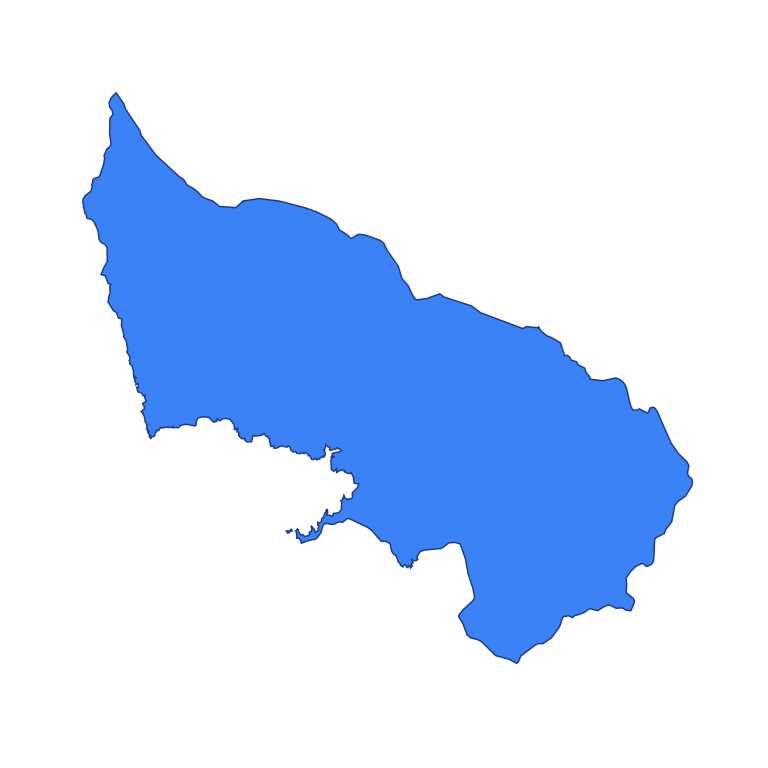 Luwu Timur, Sulawesi Selatan, Indonesia, rotated 5°
{"feature_id": "22746128B1110744719374", "entity_name": "Luwu Timur", "entity_type": "district", "adm_level": 2, "iso_a3": "IDN", "parent_name": "Indonesia", "parent_adm1": "Sulawesi Selatan", "projection": "natural_earth1", "projection_center": [121.051, -2.532], "detail": "fine", "context": "isolated", "style": "filled", "palette": "blue", "viewbox_px": 768, "rotation_deg": 5, "n_neighbors": 0, "source": "geoboundaries", "source_scale": "gbopen_adm2", "svg_char_len": 6126}
<svg xmlns="http://www.w3.org/2000/svg" viewBox="0 0 768 768"><g transform="rotate(5 384 384)"><path d="M492.6,629.4L499.7,630.5L504.0,632.4L518.8,644.8L532.1,647.2L540.3,650.7L542.0,649.3L544.0,643.0L556.9,631.3L560.3,629.1L564.7,628.9L572.9,622.4L580.0,610.6L582.1,601.8L583.3,600.0L588.3,598.8L592.2,600.3L594.5,597.7L596.4,597.4L603.3,594.1L607.2,590.7L609.0,589.9L616.7,591.1L622.9,586.4L626.7,584.7L629.1,584.9L634.6,587.1L641.1,586.3L644.8,588.2L649.6,588.4L652.0,581.7L652.4,578.2L650.9,575.7L643.4,570.8L643.2,562.5L642.1,556.2L646.2,548.9L650.5,543.9L656.0,540.6L658.1,540.5L661.2,542.8L662.2,542.7L666.0,540.5L668.0,537.0L667.2,515.0L668.1,513.6L676.4,508.3L677.2,504.6L682.6,496.3L684.2,479.9L687.1,475.3L694.1,469.4L699.5,458.8L699.9,455.1L699.0,451.8L695.2,448.9L694.1,446.5L694.8,438.7L692.6,435.3L683.2,427.5L675.0,417.6L658.5,387.4L655.8,384.3L653.6,383.7L650.9,384.9L650.1,388.9L648.7,389.9L640.6,386.6L637.1,388.3L634.2,388.1L632.1,385.2L629.6,378.8L626.1,367.3L623.5,362.9L621.3,360.7L617.0,358.3L614.2,357.8L601.9,361.7L589.4,361.3L587.6,358.1L584.5,355.2L582.5,350.7L575.5,347.9L573.8,345.0L568.4,344.0L566.9,341.2L564.2,339.5L561.4,339.9L556.1,327.5L545.8,322.8L541.7,321.7L535.4,317.2L533.0,313.6L532.3,314.6L520.6,314.4L517.8,316.6L516.7,316.5L473.9,304.6L464.3,298.6L436.5,292.2L431.7,289.3L419.4,295.1L410.0,297.2L407.9,296.8L405.0,293.5L399.3,283.8L392.7,277.4L388.0,265.6L375.2,250.3L371.6,243.8L367.7,241.3L353.5,237.5L346.7,237.0L345.0,237.4L340.0,241.1L337.7,241.8L334.8,238.9L326.2,234.4L322.7,228.7L316.8,224.3L302.3,218.6L290.8,215.5L263.9,210.9L243.5,210.2L227.8,213.9L221.1,221.2L204.6,221.5L197.7,216.7L188.9,214.4L185.8,212.8L182.0,209.1L177.1,205.9L170.5,202.9L166.3,197.5L162.4,195.6L136.8,175.9L120.1,157.0L119.1,153.4L102.4,132.4L100.7,128.0L91.9,117.3L89.4,119.9L87.5,122.5L85.6,127.5L86.8,132.5L89.1,134.7L90.6,138.9L87.8,143.4L88.9,159.0L91.3,168.9L90.5,171.0L87.5,174.1L85.2,180.7L86.0,183.3L85.6,189.2L83.0,200.4L82.0,202.6L76.7,204.9L76.0,206.2L76.4,208.2L75.4,210.9L76.2,213.2L75.1,217.6L69.9,222.4L68.2,226.0L68.1,229.8L69.0,231.1L69.3,234.5L70.6,237.2L71.0,239.7L72.0,240.1L73.6,244.3L74.3,245.0L78.0,245.3L80.9,247.6L85.7,256.0L87.6,264.8L89.8,267.5L94.7,269.7L96.3,272.8L97.7,286.2L94.9,292.1L92.5,299.6L96.8,300.4L100.4,307.7L103.0,308.8L102.3,310.3L103.3,317.4L102.4,320.3L102.0,326.5L108.0,334.5L111.4,336.2L113.6,341.3L117.2,342.2L117.3,348.5L120.5,357.3L120.4,359.7L122.7,362.3L123.9,365.2L125.7,372.0L125.0,374.6L128.5,379.1L128.7,381.8L128.1,382.8L129.1,384.7L128.9,386.1L131.7,388.0L132.2,390.6L133.5,392.4L133.3,394.5L134.4,399.4L135.1,398.2L136.7,399.6L135.6,400.4L135.2,402.5L137.1,405.2L136.8,406.2L139.4,405.1L139.4,409.0L137.9,408.8L139.5,413.3L143.2,413.9L145.1,416.8L146.8,416.1L146.7,418.1L148.6,422.1L145.3,424.3L146.4,426.8L147.4,427.2L147.3,429.8L144.5,432.8L146.5,433.8L146.4,435.0L147.8,436.6L149.6,442.7L151.8,445.0L151.1,445.7L152.0,449.2L151.5,449.4L153.9,451.3L153.8,451.9L152.6,451.5L153.2,453.4L155.3,455.3L154.9,456.0L155.7,455.8L155.5,457.9L156.4,458.6L157.4,456.5L158.8,456.7L160.2,455.3L160.2,452.5L161.5,451.5L161.3,450.3L162.8,450.2L164.0,449.2L165.1,446.6L167.1,447.2L171.0,445.8L176.8,446.0L177.5,444.8L178.0,445.7L182.9,445.4L185.8,442.5L190.6,441.4L199.6,442.2L200.3,441.5L200.2,438.4L201.4,434.1L206.2,432.5L212.3,432.4L217.1,436.6L218.4,436.8L219.0,435.4L218.8,436.1L220.7,435.9L221.0,432.9L223.6,435.0L226.2,432.8L229.3,432.1L233.5,432.4L238.3,437.6L238.9,442.3L240.4,442.4L241.6,440.7L242.2,441.1L241.7,444.4L243.5,445.1L244.3,447.3L243.8,447.0L243.6,447.7L244.5,449.1L247.7,451.0L250.0,450.3L250.6,452.4L252.5,453.5L257.1,453.1L258.0,446.7L260.5,447.1L267.4,445.4L267.8,444.1L269.1,444.0L271.3,446.6L273.1,446.4L273.8,448.4L275.0,448.7L274.8,450.4L276.8,456.1L279.6,455.5L279.9,457.5L282.8,457.2L286.6,454.5L292.8,455.4L294.0,453.8L296.2,455.3L296.7,457.7L299.2,459.6L301.8,459.1L303.2,460.6L306.9,460.8L308.5,459.4L310.4,460.4L311.4,459.0L314.0,460.4L315.0,462.1L316.2,461.7L318.7,465.5L320.5,465.5L322.1,463.9L323.3,465.3L324.2,465.2L325.7,464.1L326.4,464.5L327.8,462.2L329.5,461.3L329.6,462.2L330.7,461.9L331.7,459.2L330.5,455.4L329.8,455.4L331.1,452.6L331.3,449.6L334.1,451.6L335.3,451.6L335.8,453.2L335.4,453.7L336.2,454.8L341.9,452.8L342.6,451.7L345.7,452.8L347.3,454.0L345.8,455.3L338.5,457.6L339.0,458.3L337.8,461.1L340.5,460.4L340.7,461.0L338.4,462.3L337.7,464.2L339.0,473.9L341.7,475.3L344.0,472.8L344.5,476.3L348.4,473.4L351.3,473.5L352.1,473.8L351.6,474.0L352.3,474.9L355.5,476.1L357.8,476.2L359.0,475.3L361.7,479.5L362.9,485.4L367.7,485.7L366.3,490.0L361.9,495.3L362.5,499.5L360.8,501.7L359.0,501.3L357.4,502.7L356.6,501.5L354.3,500.9L354.5,499.4L353.7,498.3L352.8,502.8L351.2,503.8L352.2,505.8L352.4,512.8L350.1,516.2L344.8,517.4L344.5,520.0L343.2,520.5L342.0,519.5L338.4,519.6L339.1,517.0L338.5,514.1L337.4,514.5L337.4,516.2L336.3,517.8L335.5,522.0L333.8,523.3L333.7,526.6L331.1,528.3L330.3,527.5L330.2,530.2L331.5,531.0L330.8,533.7L331.6,534.9L329.4,537.3L327.9,537.3L327.5,535.2L324.2,532.0L323.9,532.7L324.9,534.8L324.1,537.7L322.5,538.0L322.9,540.3L321.4,541.9L318.2,542.8L316.3,541.1L314.1,541.5L311.8,538.7L311.3,536.5L310.3,536.0L308.9,537.9L310.2,541.5L310.6,545.3L312.7,544.9L314.5,547.0L315.6,549.9L321.2,547.0L329.3,544.4L330.5,543.5L334.2,537.6L335.4,530.4L336.4,528.9L339.0,527.8L342.7,528.4L346.6,528.0L351.1,525.2L354.7,525.4L359.1,521.2L361.5,521.3L380.4,528.3L385.0,531.3L395.0,541.0L399.7,540.6L403.6,542.3L404.6,544.0L406.0,549.5L408.1,552.4L410.9,554.0L413.9,560.3L415.7,561.4L416.3,563.2L418.7,564.5L418.7,563.5L421.1,562.1L422.6,564.5L423.8,564.8L424.1,563.2L425.6,562.4L426.4,563.0L425.8,563.8L426.6,565.0L428.1,562.6L427.2,561.4L427.3,560.3L428.4,559.8L427.0,556.5L428.9,557.4L431.0,557.3L432.9,556.0L431.8,553.1L434.7,547.7L438.8,545.9L455.6,542.8L462.7,536.5L468.8,535.6L473.9,536.8L480.5,551.4L484.3,565.6L490.5,580.1L492.6,587.6L492.6,590.1L491.4,592.3L482.6,601.8L478.8,607.5L478.7,609.4L483.5,615.8L488.7,626.8L492.6,629.4ZM305.5,538.4L304.2,536.8L302.9,538.6L299.5,538.9L300.9,540.9L302.5,540.5L303.4,538.7L305.5,538.4Z" fill="#3b82f6" stroke="#1e3a8a" stroke-width="1.5"/></g></svg>